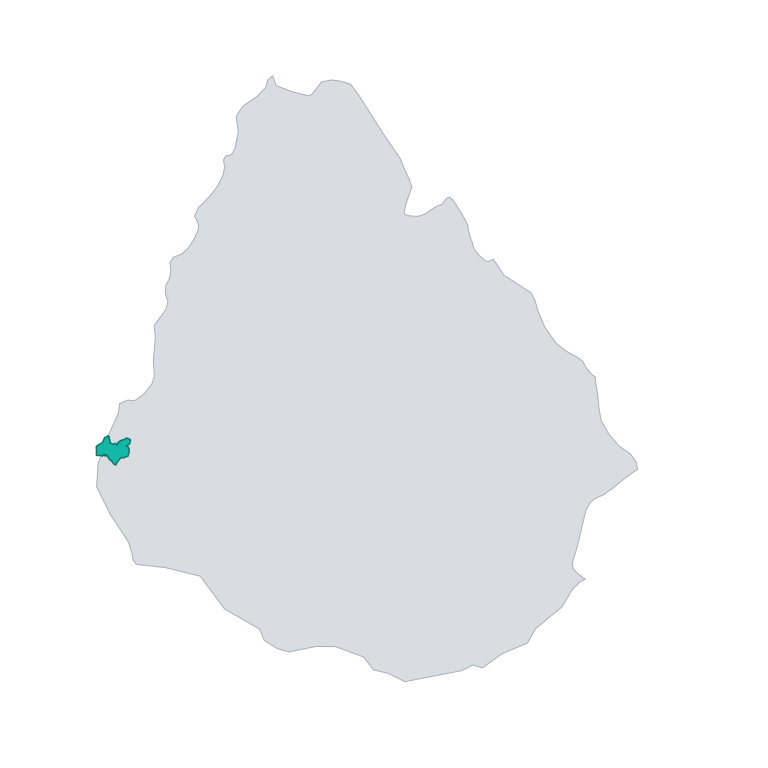 location of Dolores, Soriano, Uruguay, rotated 13°
{"feature_id": "84410073B84851743743013", "entity_name": "Dolores", "entity_type": "district", "adm_level": 2, "iso_a3": "URY", "parent_name": "Uruguay", "parent_adm1": "Soriano", "projection": "robinson", "projection_center": [-58.32, -33.574], "detail": "fine", "context": "in_parent", "style": "filled", "palette": "teal", "viewbox_px": 768, "rotation_deg": 13, "n_neighbors": 0, "source": "geoboundaries", "source_scale": "gbopen_adm2", "svg_char_len": 3697}
<svg xmlns="http://www.w3.org/2000/svg" viewBox="0 0 768 768"><g transform="rotate(13 384 384)"><path d="M624.1,528.7L619.2,533.1L613.9,541.4L607.5,561.2L586.5,588.6L582.1,604.1L559.7,620.2L543.9,638.4L533.7,637.9L524.4,645.7L471.3,669.3L452.4,664.9L438.3,665.0L425.4,654.6L395.6,650.8L376.9,655.0L351.7,666.4L344.2,666.2L338.7,665.6L325.2,660.9L317.9,650.8L279.3,639.1L248.3,612.6L211.6,612.1L183.4,615.5L179.1,612.0L176.3,605.2L170.4,595.4L146.2,572.1L127.1,548.8L123.4,526.0L126.0,501.2L131.8,471.8L130.8,462.6L137.8,457.4L144.8,456.3L151.6,448.7L157.6,437.2L158.6,428.5L153.9,412.4L150.7,389.9L146.9,378.7L154.6,361.0L155.0,352.3L150.5,344.8L149.3,337.0L151.3,329.0L150.9,321.4L148.1,314.0L150.2,307.9L157.4,303.1L162.7,295.7L166.2,285.7L168.0,278.1L168.1,272.9L166.0,267.9L161.6,263.3L163.6,254.0L172.1,240.2L177.6,227.9L180.1,217.2L180.0,208.5L177.2,201.9L178.4,197.4L183.6,195.1L185.9,188.1L185.2,170.8L179.8,156.5L183.9,145.2L195.8,132.1L202.0,121.6L202.5,113.5L206.2,108.9L211.9,117.6L228.7,119.9L245.7,120.2L248.5,118.0L255.1,103.8L264.0,99.7L273.5,98.7L284.0,99.4L295.0,108.8L326.3,139.6L349.3,160.9L356.3,171.0L362.3,178.6L366.8,185.6L364.8,203.9L365.0,211.9L366.1,214.2L371.3,214.4L379.2,213.1L385.8,209.2L390.9,203.3L396.0,198.5L400.1,196.0L401.6,192.1L404.0,188.1L406.4,187.2L410.9,190.2L421.6,200.6L429.8,210.3L431.8,215.8L435.0,221.6L438.4,226.6L440.7,231.5L448.8,237.9L456.9,241.9L462.5,237.8L476.3,251.0L506.9,262.1L512.5,268.8L517.7,278.4L528.2,292.8L542.9,305.8L554.8,311.3L566.2,314.5L572.6,317.3L576.9,322.3L583.9,327.7L588.3,329.7L589.7,334.5L594.1,344.9L598.6,358.2L603.6,370.5L614.5,382.4L627.0,391.6L639.9,396.8L647.2,403.3L650.2,410.0L641.3,419.9L631.6,432.4L623.0,442.3L614.2,449.2L611.3,453.9L609.2,461.2L608.8,500.1L607.8,514.6L608.4,518.5L609.6,521.0L615.0,524.9L621.5,528.1L624.1,528.7Z" fill="#d9dde1" stroke="#a8b0b8" stroke-width="1"/><path d="M120.1,518.2L122.4,517.8L125.2,517.2L125.4,517.3L125.7,517.6L126.0,517.4L126.2,517.1L126.2,516.6L126.3,516.3L126.7,516.1L127.2,515.6L127.4,515.7L127.5,516.4L127.7,516.7L128.3,516.8L128.8,516.5L128.9,515.6L129.2,515.6L129.5,515.9L129.7,516.2L129.9,516.3L130.2,516.0L130.5,516.0L130.6,516.6L130.7,517.0L131.3,517.1L132.1,517.4L132.2,517.9L132.6,518.5L133.0,518.9L133.8,519.5L134.3,519.6L134.7,519.8L135.1,519.6L135.3,519.8L135.5,520.3L135.7,520.5L136.3,520.5L136.7,520.7L136.9,521.2L137.4,521.6L138.2,522.2L139.1,523.0L140.0,523.0L140.5,522.9L140.6,523.1L140.9,523.2L141.2,521.3L143.9,515.5L144.5,514.8L146.4,514.8L150.7,511.8L151.0,511.5L150.7,510.8L150.8,510.6L150.9,509.8L151.0,508.7L151.0,508.1L150.8,507.6L151.0,506.8L150.5,506.3L150.4,505.4L150.2,505.0L150.2,504.1L149.1,503.5L149.0,503.0L148.2,502.5L147.7,502.6L147.1,502.4L146.9,502.0L147.5,501.9L147.8,501.5L149.3,500.0L149.8,498.9L149.6,497.8L149.6,495.8L149.1,495.8L149.1,495.2L148.5,495.0L147.9,494.9L146.9,494.7L146.8,495.0L146.6,495.0L146.1,494.7L145.3,494.6L145.0,494.7L144.6,495.0L144.5,495.4L144.1,496.0L143.6,496.2L143.0,496.8L142.5,496.9L142.3,497.3L141.2,497.5L141.1,498.3L139.7,498.5L139.4,499.6L138.8,499.9L138.7,500.5L138.1,500.6L137.7,502.5L137.9,503.1L137.9,503.4L136.4,503.4L136.4,502.8L135.1,502.3L134.1,503.2L133.5,504.0L133.1,504.1L132.3,503.3L131.4,503.0L130.0,503.3L130.0,502.1L130.0,501.2L129.3,501.0L129.2,499.9L128.3,499.2L128.5,498.7L128.5,497.5L126.8,496.4L125.3,498.3L123.8,499.0L123.8,499.6L123.5,501.0L123.0,503.7L122.8,504.4L122.7,504.7L122.4,504.9L122.0,505.3L120.6,506.5L119.7,507.2L119.3,507.5L119.0,507.9L118.8,508.2L118.2,509.0L117.9,509.4L117.8,509.8L117.8,510.0L117.9,510.4L118.6,512.7L119.1,515.0L119.6,517.1L119.6,517.4L119.7,517.6L119.9,517.9L120.1,518.2Z" fill="#14b8a6" stroke="#0f766e" stroke-width="1.5"/></g></svg>